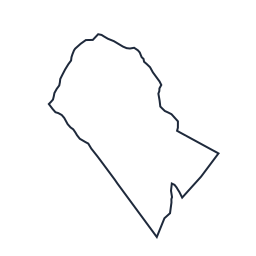 the district of Santo Inácio, Paraná, Brazil, rotated 309°
{"feature_id": "56859067B19800115986523", "entity_name": "Santo Inácio", "entity_type": "district", "adm_level": 2, "iso_a3": "BRA", "parent_name": "Brazil", "parent_adm1": "Paraná", "projection": "robinson", "projection_center": [-51.799, -22.725], "detail": "fine", "context": "isolated", "style": "outline", "palette": "slate", "viewbox_px": 256, "rotation_deg": 309, "n_neighbors": 0, "source": "geoboundaries", "source_scale": "gbopen_adm2", "svg_char_len": 1162}
<svg xmlns="http://www.w3.org/2000/svg" viewBox="0 0 256 256"><g transform="rotate(309 128 128)"><path d="M96.8,51.4L95.3,57.6L94.6,61.7L95.7,64.4L96.4,68.3L95.7,72.1L93.0,78.7L92.3,82.9L92.5,86.3L91.4,90.0L90.3,92.9L89.3,97.3L90.3,103.9L90.9,106.9L90.1,109.1L88.9,112.4L86.7,122.2L84.6,130.5L79.5,150.3L78.2,154.7L61.4,219.0L80.8,213.1L88.2,214.3L97.4,208.7L100.0,206.5L102.0,205.7L106.3,200.9L112.4,197.0L113.1,199.9L112.4,203.1L111.5,205.5L110.6,208.2L108.0,213.9L136.2,215.4L165.2,214.3L160.3,187.7L157.2,170.9L156.7,167.9L159.6,166.6L164.6,162.6L166.1,153.1L165.3,149.4L164.4,145.9L164.7,142.4L165.0,139.6L169.1,135.4L173.8,130.0L176.4,129.1L178.6,127.5L182.4,126.8L184.0,123.3L186.9,112.3L189.1,106.9L189.5,102.2L189.6,98.8L191.5,96.5L191.6,94.1L192.8,91.9L194.1,89.6L194.6,86.8L194.2,82.3L191.0,79.5L189.2,76.7L188.1,72.9L186.6,62.4L184.7,56.2L184.0,51.5L183.7,48.9L182.1,45.8L174.3,45.2L169.8,39.9L163.7,38.2L156.4,37.0L154.3,37.2L150.4,38.4L147.5,39.5L144.6,41.3L140.0,41.5L133.9,42.3L128.0,43.5L123.5,44.5L120.5,46.4L117.8,47.8L113.5,48.0L108.9,48.8L105.7,50.5L102.9,51.8L100.0,51.7L96.8,51.4Z" fill="none" stroke="#1e293b" stroke-width="2"/></g></svg>